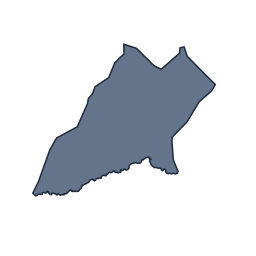 Xangal, Bulgan, Mongolia, rotated 200°
{"feature_id": "93677404B82174237712715", "entity_name": "Xangal", "entity_type": "district", "adm_level": 2, "iso_a3": "MNG", "parent_name": "Mongolia", "parent_adm1": "Bulgan", "projection": "mercator", "projection_center": [104.393, 49.375], "detail": "fine", "context": "isolated", "style": "filled", "palette": "slate", "viewbox_px": 256, "rotation_deg": 200, "n_neighbors": 0, "source": "geoboundaries", "source_scale": "gbopen_adm2", "svg_char_len": 5330}
<svg xmlns="http://www.w3.org/2000/svg" viewBox="0 0 256 256"><g transform="rotate(200 128 128)"><path d="M191.9,32.6L191.6,32.9L191.4,33.0L191.0,33.1L190.8,33.3L190.5,33.5L190.2,34.2L190.0,34.7L189.7,35.1L189.2,35.5L188.5,35.7L187.8,35.7L187.4,35.7L187.1,35.8L186.6,36.0L186.1,36.1L186.0,36.4L186.0,36.7L186.0,37.2L186.0,37.8L185.9,38.1L185.6,38.5L185.2,38.7L184.7,38.7L184.2,38.6L183.7,38.6L183.2,38.7L183.0,38.8L182.7,39.0L182.5,39.3L182.4,39.6L182.4,39.8L182.6,40.1L182.6,40.3L182.6,40.5L182.4,40.8L182.1,40.9L181.7,40.8L181.2,40.6L180.6,40.3L180.1,39.7L179.3,39.2L178.5,39.0L177.8,39.0L177.4,39.0L177.2,39.2L177.1,39.5L177.1,39.9L177.0,40.4L176.7,41.0L175.9,41.3L175.5,41.3L175.1,41.2L174.7,41.1L174.2,41.3L173.4,41.3L173.0,41.1L172.7,41.0L172.4,40.8L172.2,40.7L171.9,40.8L171.5,41.1L171.4,41.4L171.4,41.6L171.4,42.0L171.0,42.3L170.7,42.3L170.3,42.1L169.8,42.0L169.2,41.8L168.6,41.7L168.2,41.8L168.0,42.0L167.8,42.3L167.7,42.5L167.1,42.9L166.2,43.0L166.0,43.3L165.8,43.4L165.4,43.4L165.4,43.5L165.6,43.8L165.6,44.0L165.5,44.3L165.4,44.4L165.2,44.5L164.8,44.4L164.7,44.4L164.5,44.6L164.4,44.8L163.7,45.1L163.2,45.6L162.9,46.0L162.9,46.5L162.5,46.9L162.4,47.0L162.3,47.6L162.2,48.1L162.1,48.4L161.8,48.7L161.5,48.9L161.3,49.3L161.1,49.8L160.8,50.0L160.5,50.1L160.1,50.2L159.8,50.2L159.4,50.1L159.2,50.0L159.1,49.9L159.1,49.7L159.2,49.4L159.0,49.2L158.8,49.2L158.6,49.3L157.8,49.7L157.6,49.9L156.9,50.1L156.5,50.1L156.2,50.2L156.0,50.3L155.9,50.4L155.8,50.6L155.5,50.7L155.1,50.8L154.8,50.7L154.4,50.8L154.1,51.0L153.1,51.7L152.7,52.1L152.6,52.4L152.5,52.6L152.4,53.1L152.3,53.6L152.3,53.8L152.1,54.0L152.0,54.4L151.6,55.3L151.4,55.7L151.4,56.1L151.4,56.6L151.5,57.1L151.4,57.7L151.1,58.3L150.6,59.0L149.2,60.5L148.2,61.5L147.3,62.5L146.8,63.1L146.4,63.7L146.1,64.4L146.0,64.7L146.0,65.1L145.9,65.5L145.7,66.0L145.3,66.4L144.7,67.1L144.3,67.4L144.0,67.6L143.7,67.7L143.3,67.8L143.2,67.7L143.1,67.4L142.8,67.2L142.6,67.2L142.3,67.3L142.0,67.2L141.7,67.1L141.4,66.9L141.3,67.0L141.0,67.3L140.5,68.2L140.6,68.7L140.6,69.0L140.5,69.4L140.2,69.8L139.8,70.1L139.4,70.2L139.0,70.3L138.8,70.2L138.7,70.3L138.5,70.5L138.3,70.9L138.0,71.1L137.8,71.2L137.6,71.2L137.2,71.3L136.1,71.7L136.0,71.8L135.9,71.9L136.0,72.0L136.1,72.3L136.3,73.0L136.3,73.4L136.3,73.7L136.1,73.9L135.8,74.3L135.4,74.6L134.5,75.5L134.3,75.6L134.1,75.6L133.8,75.6L133.3,75.3L133.1,75.3L132.9,75.3L132.6,75.4L132.5,75.5L132.3,75.8L132.3,76.0L132.3,76.9L132.3,77.2L132.2,77.5L131.8,77.7L131.4,77.8L131.2,78.0L131.1,78.5L131.0,79.0L130.8,79.4L130.7,79.7L130.3,80.1L129.7,80.3L129.4,80.3L129.2,80.3L128.9,80.2L128.7,80.1L128.4,80.3L127.9,81.0L127.6,81.9L127.3,82.2L127.0,82.4L126.8,82.7L126.5,83.0L126.2,83.1L125.9,83.1L125.7,83.0L125.6,82.9L125.4,82.7L125.2,82.2L124.9,82.0L124.5,82.0L124.2,82.0L123.6,82.4L123.3,82.5L123.0,82.5L122.7,82.5L122.2,82.4L121.9,82.4L121.7,82.5L121.5,82.8L121.2,83.2L120.9,83.4L120.6,83.6L120.4,83.6L120.0,83.6L119.8,83.7L119.8,83.8L119.8,84.1L119.9,84.4L119.9,84.5L119.8,85.0L120.3,85.4L120.5,85.5L120.5,85.8L120.5,86.1L120.3,86.3L119.9,86.4L119.6,86.4L119.2,86.3L118.9,86.2L118.6,86.3L118.4,86.5L118.1,86.9L117.9,87.3L117.9,87.5L117.8,87.9L117.8,88.0L117.5,88.2L117.2,88.3L116.8,88.3L116.6,88.3L115.9,87.9L115.6,87.8L115.4,87.8L115.2,87.9L115.0,88.0L114.7,88.2L114.0,88.9L113.3,90.3L113.3,90.6L113.4,90.9L113.5,91.1L113.6,91.4L113.8,91.7L114.0,92.0L114.1,92.5L114.1,92.9L114.0,93.1L113.8,93.5L113.5,94.0L113.1,94.6L112.9,95.1L112.5,95.7L112.1,96.0L111.5,96.4L111.0,96.6L110.6,96.8L110.2,97.0L109.9,97.3L109.5,97.8L109.1,98.1L108.7,98.2L108.3,98.2L108.0,98.2L107.6,98.1L107.2,98.1L106.9,98.1L106.4,98.3L106.0,98.5L105.0,99.1L104.3,99.6L104.1,99.9L104.0,100.2L103.9,100.6L104.0,101.3L104.1,101.6L104.0,102.0L104.0,102.3L104.1,102.5L104.1,102.9L104.0,103.1L103.6,103.2L103.2,103.1L102.8,103.3L102.7,103.4L102.6,104.0L102.6,104.3L102.3,104.6L101.7,105.4L100.9,106.3L100.3,106.8L98.9,107.9L98.7,107.9L98.4,107.8L98.2,107.6L97.4,107.3L97.0,107.1L96.6,107.1L96.2,107.1L95.9,106.8L96.2,106.7L96.5,106.7L97.1,106.7L97.4,106.8L97.5,106.8L97.6,106.7L97.6,106.4L97.4,106.2L97.1,106.0L96.7,105.4L96.4,105.0L96.2,104.5L96.2,104.0L96.0,103.8L95.5,103.5L95.2,103.2L94.0,101.8L93.7,101.4L93.1,101.1L92.7,100.9L91.4,100.3L91.0,100.1L90.7,100.2L90.4,100.2L90.0,100.1L89.4,99.9L89.2,99.9L88.8,100.1L88.5,100.4L88.0,100.6L87.5,100.7L86.6,100.5L86.3,100.5L86.0,100.5L85.1,101.0L84.4,101.1L83.8,101.1L83.2,100.9L82.8,100.8L82.5,100.6L82.3,100.3L82.1,100.0L81.8,99.8L81.6,99.7L81.0,99.7L80.9,99.8L80.7,99.9L80.6,100.1L80.5,100.3L80.5,101.1L80.3,101.4L79.9,101.7L79.5,101.9L79.2,101.9L78.7,101.8L78.4,101.7L78.2,101.4L78.1,101.2L77.9,100.1L77.7,99.9L77.5,99.6L77.2,99.4L77.0,99.2L76.5,99.1L76.3,99.1L76.0,98.9L75.8,98.8L75.4,98.8L74.8,98.8L74.5,98.9L74.2,99.1L73.7,99.5L73.2,99.6L71.8,99.7L71.3,99.8L71.0,99.9L70.7,100.2L70.2,100.8L69.9,101.1L69.6,101.2L69.4,101.2L69.1,101.1L68.8,101.0L68.4,101.0L68.1,101.1L67.7,101.2L66.7,101.9L66.2,102.0L66.1,104.3L74.4,113.4L81.7,129.5L83.4,134.4L74.6,154.0L70.1,177.0L62.1,191.5L60.8,198.7L71.5,203.6L96.8,215.6L103.0,223.4L106.5,221.2L105.2,215.9L116.9,194.5L125.0,195.5L147.4,205.8L160.6,205.3L157.1,196.2L160.0,190.7L162.7,184.8L163.3,168.9L173.1,155.4L173.1,148.3L175.3,142.1L174.4,137.1L176.1,111.8L191.7,94.2L194.0,80.8L193.8,47.2L195.2,34.3L191.9,32.6Z" fill="#64748b" stroke="#1e293b" stroke-width="1.5"/></g></svg>